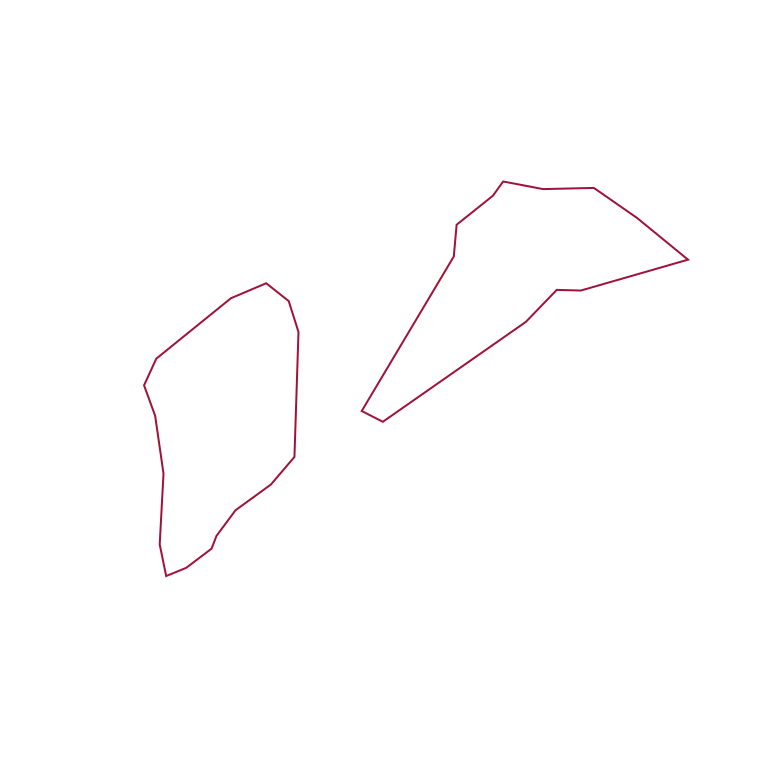 an SVG outline of Alo, rotated 117°
{"feature_id": "WLF-4997", "entity_name": "Alo", "entity_type": "state/province", "adm_level": 1, "iso_a3": "WLF", "parent_name": "Wallis and Futuna", "parent_adm1": "", "projection": "albers", "projection_center": [-178.058, -14.317], "detail": "fine", "context": "isolated", "style": "outline", "palette": "rose", "viewbox_px": 768, "rotation_deg": 117, "n_neighbors": 0, "source": "natural_earth", "source_scale": "10m", "svg_char_len": 539}
<svg xmlns="http://www.w3.org/2000/svg" viewBox="0 0 768 768"><g transform="rotate(117 384 384)"><path d="M637.6,476.8L654.0,490.9L628.8,511.0L563.9,539.8L516.2,573.5L494.1,597.2L464.8,598.4L377.0,559.3L347.7,534.7L353.4,506.5L376.5,483.8L489.6,430.7L524.8,439.1L563.9,459.0L595.4,464.3L609.0,462.9L637.6,476.8ZM135.2,169.6L211.4,251.1L221.7,272.8L264.2,285.8L418.2,367.9L418.2,391.6L238.7,379.7L209.1,391.6L166.7,372.4L149.5,369.8L138.1,330.7L114.0,286.0L121.2,233.8L135.2,169.6Z" fill="none" stroke="#9f1239" stroke-width="2"/></g></svg>